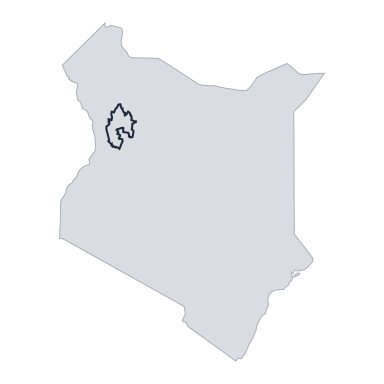 Turkana South, Rift Valley, Kenya shown in context
{"feature_id": "3690345B86728655085245", "entity_name": "Turkana South", "entity_type": "district", "adm_level": 2, "iso_a3": "KEN", "parent_name": "Kenya", "parent_adm1": "Rift Valley", "projection": "mercator", "projection_center": [35.73, 2.378], "detail": "fine", "context": "in_parent", "style": "outline", "palette": "slate", "viewbox_px": 384, "rotation_deg": 0, "n_neighbors": 0, "source": "geoboundaries", "source_scale": "gbopen_adm2", "svg_char_len": 7644}
<svg xmlns="http://www.w3.org/2000/svg" viewBox="0 0 384 384"><path d="M59.8,238.5L59.7,232.9L60.5,218.5L60.4,205.9L61.2,199.5L64.3,195.5L65.7,192.6L66.7,188.6L68.4,185.3L72.1,182.6L72.7,181.1L76.7,176.6L79.0,170.8L80.8,168.8L83.0,167.0L84.5,166.0L87.1,165.1L89.1,164.5L89.5,164.1L89.7,163.1L89.0,159.5L89.9,158.4L91.2,156.0L92.8,153.7L94.2,152.3L95.0,150.8L95.4,148.3L95.5,146.5L95.4,143.6L95.0,137.0L93.3,131.4L92.3,125.2L93.1,123.1L91.7,119.5L91.1,119.3L90.0,118.5L88.7,115.0L87.6,111.9L87.0,111.1L82.6,108.4L80.4,101.9L77.9,100.4L76.5,94.0L76.3,92.2L77.7,85.7L77.5,84.3L76.1,82.9L71.9,81.5L68.5,78.9L68.9,77.9L69.2,77.0L67.4,76.3L62.2,65.3L68.9,58.7L75.6,52.0L84.2,43.6L92.1,35.8L99.0,29.0L105.1,23.0L104.9,24.2L104.9,25.7L105.7,26.6L107.0,27.3L108.7,26.6L110.2,25.7L111.7,25.5L120.9,28.0L122.4,30.2L122.3,32.5L122.7,34.2L122.0,35.9L121.2,41.1L121.5,45.8L124.2,49.3L126.7,52.1L128.6,55.9L130.0,57.1L132.0,57.7L138.3,57.9L147.6,58.1L156.6,58.4L157.4,58.5L159.3,59.0L167.6,64.2L175.1,69.0L181.5,73.1L187.7,77.2L193.8,81.1L198.4,84.3L203.0,85.3L210.5,85.8L215.7,85.9L220.5,87.3L227.6,88.6L233.0,89.2L236.2,90.0L245.1,90.7L246.6,90.3L250.5,86.7L254.9,80.8L256.6,77.6L262.3,74.4L272.3,69.9L279.4,66.8L287.2,63.6L290.8,66.3L295.7,70.7L297.9,72.9L299.6,73.9L302.3,74.5L305.6,74.5L307.3,74.4L311.0,73.9L319.4,73.4L324.3,73.4L320.2,79.2L315.3,86.3L306.3,99.2L299.5,106.0L294.3,111.1L293.8,112.0L293.8,117.7L293.9,131.7L294.0,159.6L294.1,187.6L294.2,215.5L294.3,229.5L294.3,234.1L298.8,240.0L303.3,245.7L309.1,253.3L312.3,257.4L312.8,258.8L312.6,261.5L307.8,267.2L303.8,269.8L298.5,271.0L296.9,270.8L294.8,269.9L294.0,271.3L293.4,273.4L292.2,273.0L291.3,272.4L291.9,276.1L292.4,278.0L291.6,280.5L289.0,282.7L288.8,284.6L283.2,289.5L275.3,290.0L271.1,292.4L269.2,294.4L267.8,298.8L268.3,305.4L266.1,310.5L265.7,313.1L261.6,316.4L259.8,319.4L258.4,322.5L257.2,323.9L255.9,330.8L253.9,335.1L253.4,336.5L253.0,337.7L251.5,340.2L250.5,341.9L249.8,343.0L245.0,353.8L241.2,358.7L238.2,358.2L236.3,360.1L236.1,361.0L235.0,360.5L232.5,358.7L227.5,355.0L222.4,351.3L217.3,347.6L212.2,344.0L207.1,340.3L202.0,336.6L196.9,333.0L191.8,329.3L188.9,327.1L187.5,325.9L186.5,323.3L186.0,322.7L184.6,321.9L183.1,321.7L182.6,321.3L182.6,320.0L183.2,318.3L185.0,314.9L185.2,312.9L184.9,310.7L184.3,307.1L183.8,306.3L180.4,304.4L173.3,300.4L166.3,296.5L159.2,292.5L152.2,288.6L145.1,284.6L138.0,280.7L131.0,276.7L123.9,272.8L116.8,268.9L109.8,264.9L102.7,261.0L95.7,257.0L88.6,253.1L81.5,249.1L74.5,245.2L67.4,241.2L64.7,239.8L62.4,238.5L59.8,238.5ZM294.8,276.8L293.6,277.1L294.2,275.2L297.8,272.8L299.3,273.3L299.6,273.9L299.5,274.4L298.9,274.9L294.8,276.8Z" fill="#d9dde1" stroke="#a8b0b8" stroke-width="1"/><path d="M108.4,141.3L111.1,144.0L111.3,144.1L111.5,144.3L111.5,144.2L111.6,144.3L111.7,144.2L111.7,144.3L111.8,144.4L111.9,144.7L112.0,144.8L111.9,144.8L112.0,144.9L111.8,145.1L112.0,145.2L111.9,145.3L111.8,145.5L112.2,145.7L112.2,145.9L112.3,145.9L112.3,146.1L112.5,146.2L112.5,146.3L112.6,146.6L112.9,146.7L113.3,146.6L113.5,146.7L113.5,146.8L113.8,146.9L114.0,146.8L114.3,146.8L114.7,146.9L114.8,146.9L114.9,147.0L115.0,147.0L115.0,146.9L115.3,146.9L115.5,147.0L115.9,146.8L116.0,146.9L116.2,147.2L116.3,147.2L116.3,147.3L116.5,147.2L116.7,147.3L117.0,147.4L117.3,147.5L117.7,147.6L118.0,147.8L118.3,147.9L118.5,148.2L118.7,148.3L118.9,148.4L119.4,148.7L119.5,148.8L121.8,142.9L122.1,142.1L122.4,141.5L122.6,141.3L122.7,141.2L122.5,140.5L122.4,140.2L122.4,139.8L122.3,139.5L122.3,139.3L122.2,139.2L121.8,139.0L121.1,138.9L119.8,138.9L119.7,139.0L119.3,138.9L119.1,138.8L119.0,138.7L118.8,138.5L118.8,138.3L118.8,138.1L118.9,137.7L119.1,137.3L119.4,137.0L119.9,136.6L120.0,136.4L120.2,136.2L120.2,135.6L120.1,135.2L119.9,134.9L119.7,134.7L119.4,134.6L119.2,134.6L118.8,134.6L118.7,134.5L118.6,134.1L118.4,134.0L118.2,134.0L117.5,134.1L117.3,134.0L117.3,133.9L117.3,133.7L117.7,133.2L117.9,132.7L118.3,132.3L118.3,132.0L118.3,131.8L118.3,131.6L118.2,131.5L117.5,131.0L116.9,130.5L116.6,130.2L116.5,129.7L117.0,129.4L117.5,129.3L117.7,129.1L117.9,129.0L118.0,129.0L118.6,129.0L118.9,129.0L119.2,128.8L119.5,128.6L120.1,128.3L120.3,128.3L120.8,128.3L121.2,128.0L121.5,128.0L121.8,128.0L122.2,127.9L122.3,127.8L122.4,127.7L122.6,127.7L122.8,127.8L123.0,127.8L123.3,127.9L123.4,128.1L123.3,128.3L123.4,128.6L123.2,129.1L123.1,129.5L123.2,129.9L123.2,130.4L123.2,130.6L123.4,130.9L123.4,131.0L123.4,131.3L123.3,131.5L123.3,132.1L128.3,132.7L128.4,132.9L128.7,133.6L128.7,133.9L128.6,134.1L128.6,134.3L129.0,134.8L129.1,135.1L129.1,135.3L129.0,135.7L128.9,136.0L128.9,136.3L129.0,136.5L129.4,136.8L129.6,137.1L129.8,137.2L130.1,137.0L130.3,136.8L130.7,137.1L130.9,137.1L131.1,137.3L131.4,137.4L132.0,137.1L132.4,137.1L132.5,137.0L132.5,136.6L132.8,135.8L132.9,135.1L133.2,133.1L133.4,132.1L133.5,131.4L133.4,130.9L133.3,130.7L132.9,130.4L132.7,130.1L132.6,129.9L132.4,129.7L132.0,129.7L131.8,129.5L131.8,129.4L131.8,128.9L132.1,127.5L132.1,126.7L132.2,125.5L132.4,124.9L132.6,124.5L132.5,124.3L132.3,124.0L132.3,123.8L132.5,123.7L132.9,123.6L133.2,123.4L133.6,123.3L133.8,123.2L134.0,122.9L134.4,122.7L134.5,122.6L134.8,122.4L135.3,122.3L135.7,122.1L136.2,121.8L136.4,121.5L136.6,121.5L136.4,121.4L136.1,121.3L135.8,121.4L135.5,121.3L135.1,121.4L134.7,121.5L134.5,121.4L134.0,121.1L132.9,120.6L132.6,120.4L132.2,120.1L131.9,120.1L131.7,120.3L131.4,120.2L131.3,119.9L131.5,119.5L131.5,119.3L131.7,118.6L131.7,117.7L131.6,117.1L131.5,116.9L131.1,116.7L131.0,116.4L131.2,116.0L131.3,115.8L131.2,115.6L131.1,115.4L130.8,115.1L130.2,114.7L130.0,114.2L130.1,113.6L130.1,113.4L129.8,113.1L129.2,112.4L128.4,111.6L128.2,111.6L127.9,111.6L127.8,111.8L127.9,112.0L127.7,112.4L127.6,112.5L126.9,113.7L126.3,114.5L125.8,114.9L125.0,115.4L124.8,115.5L124.7,115.5L124.7,115.1L124.7,114.9L124.7,114.7L124.8,114.6L125.0,114.4L125.0,114.1L125.1,113.9L125.1,113.4L125.0,112.7L125.1,112.3L125.1,112.1L125.0,112.3L124.9,112.4L124.3,112.5L124.0,112.6L123.9,112.5L123.7,112.3L123.1,111.1L122.9,110.7L122.8,110.3L122.4,109.6L122.4,109.2L122.4,108.8L122.5,108.6L122.4,108.6L122.2,108.7L121.5,108.3L121.2,107.2L121.0,106.7L120.7,106.4L120.7,106.1L120.6,105.8L120.7,105.6L120.7,105.4L120.6,105.2L120.6,104.9L120.4,104.7L120.3,104.3L120.3,104.2L120.2,104.2L120.2,104.3L119.9,104.4L119.6,104.6L119.2,104.5L118.8,104.5L118.6,104.6L118.4,104.6L118.2,104.7L118.1,105.0L118.0,105.4L117.6,106.2L117.6,106.5L117.4,106.9L117.0,107.1L116.9,107.3L116.7,107.8L116.6,108.0L115.9,108.3L115.7,108.7L115.6,108.8L115.6,109.1L115.5,109.4L115.2,109.8L114.9,110.1L114.6,110.8L114.6,111.1L114.4,111.2L114.3,111.4L114.3,111.6L114.2,111.8L114.1,112.0L114.1,112.3L114.0,112.5L113.8,112.5L113.6,112.4L113.1,112.1L112.6,111.9L112.0,111.7L111.7,111.7L111.4,113.0L111.4,113.4L111.4,114.2L111.5,115.2L111.6,115.8L111.8,116.4L112.1,117.0L112.0,117.3L112.1,117.7L112.1,117.9L111.9,118.2L111.9,118.4L111.8,118.6L111.7,118.7L111.8,118.9L111.6,119.4L111.7,119.7L111.7,119.9L111.0,120.3L110.9,120.4L110.7,120.4L110.6,120.0L110.5,119.8L110.3,119.7L110.0,119.7L109.8,119.5L109.6,119.5L109.3,119.3L109.2,119.3L108.9,119.4L108.7,119.3L108.7,119.5L108.6,119.8L108.8,119.9L108.8,120.1L109.0,120.2L108.9,120.3L109.0,120.6L109.1,121.1L109.1,121.3L108.9,121.7L108.8,121.8L109.1,121.9L109.1,122.0L108.9,122.2L108.9,122.3L109.0,122.4L109.1,122.5L109.3,122.6L109.4,123.0L109.2,123.1L109.2,123.6L109.0,123.9L109.0,124.2L109.2,124.4L109.2,124.5L108.9,124.7L108.6,124.8L108.3,125.1L108.0,125.3L107.7,125.7L107.4,125.8L107.0,126.0L106.9,126.3L106.3,126.8L106.4,128.2L106.5,129.7L106.6,130.2L107.5,133.5L109.2,140.2L109.1,140.3L109.1,140.5L108.8,140.7L108.7,140.8L108.6,141.2L108.4,141.3Z" fill="none" stroke="#1e293b" stroke-width="2"/></svg>